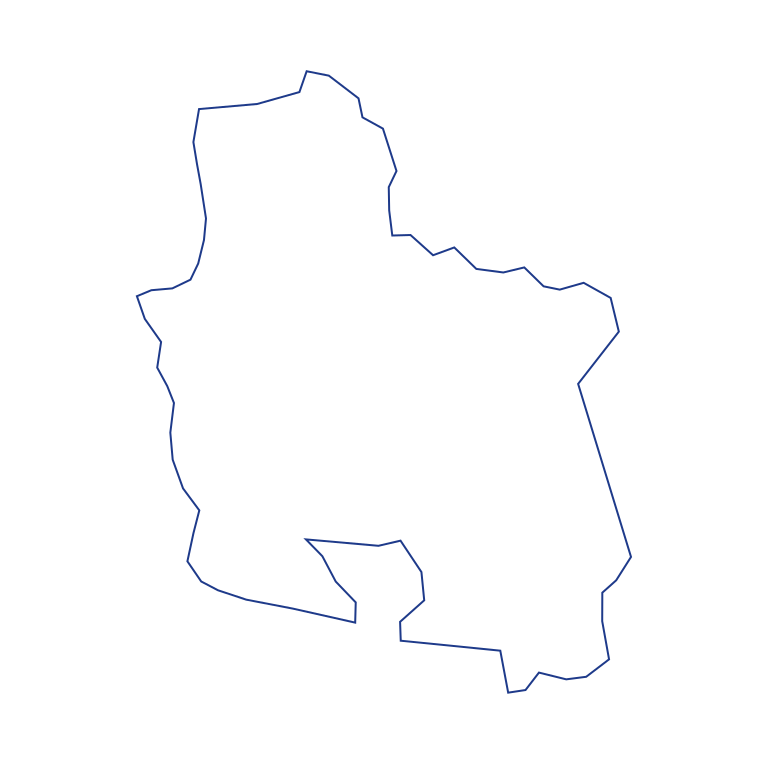 outline of Pareci Novo, Rio Grande do Sul, Brazil, rotated 175°
{"feature_id": "56859067B29265026194414", "entity_name": "Pareci Novo", "entity_type": "district", "adm_level": 2, "iso_a3": "BRA", "parent_name": "Brazil", "parent_adm1": "Rio Grande do Sul", "projection": "natural_earth1", "projection_center": [-51.418, -29.613], "detail": "fine", "context": "isolated", "style": "outline", "palette": "blue", "viewbox_px": 768, "rotation_deg": 175, "n_neighbors": 0, "source": "geoboundaries", "source_scale": "gbopen_adm2", "svg_char_len": 1024}
<svg xmlns="http://www.w3.org/2000/svg" viewBox="0 0 768 768"><g transform="rotate(175 384 384)"><path d="M552.8,641.6L551.1,619.2L549.2,599.1L546.9,564.4L550.8,543.1L558.6,520.2L567.7,504.8L586.5,497.7L607.6,497.7L622.5,493.0L616.6,469.7L602.4,445.3L608.5,420.1L600.1,400.8L594.9,383.4L601.1,354.2L601.1,327.0L593.3,297.5L579.0,274.2L586.8,252.1L595.3,224.5L583.3,203.2L567.4,193.0L540.1,181.2L494.4,168.2L433.5,148.8L431.2,168.9L449.3,191.4L460.4,217.8L475.3,236.0L403.6,223.3L381.2,226.5L363.1,193.4L362.8,165.0L388.7,145.7L389.7,126.8L291.4,108.2L287.2,65.7L269.7,66.8L254.8,83.0L228.2,73.9L208.1,74.7L183.8,90.1L187.3,128.7L184.7,157.1L169.8,168.2L153.0,190.2L190.6,367.2L145.5,415.7L150.7,450.0L176.3,467.4L200.7,462.7L216.5,467.4L234.1,487.9L255.4,484.7L282.0,490.6L302.1,513.9L323.9,508.0L344.6,530.1L362.8,531.2L363.7,556.5L362.1,579.7L353.0,595.1L362.8,638.5L382.2,651.5L384.5,670.8L412.1,696.0L433.8,702.3L442.8,682.2L486.0,674.0L544.3,674.0L552.8,641.6Z" fill="none" stroke="#1e3a8a" stroke-width="2"/></g></svg>